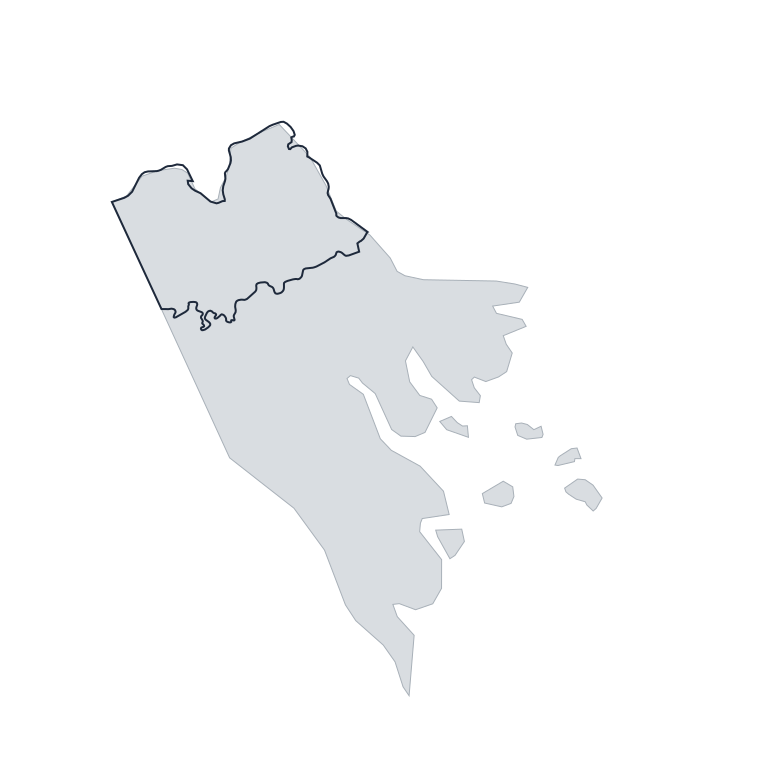 where Gabú sits in Guinea-Bissau, rotated 245°
{"feature_id": "GNB-777", "entity_name": "Gabú", "entity_type": "Region", "adm_level": 1, "iso_a3": "GNB", "parent_name": "Guinea-Bissau", "parent_adm1": "", "projection": "albers", "projection_center": [-14.296, 12.118], "detail": "fine", "context": "in_parent", "style": "outline", "palette": "slate", "viewbox_px": 768, "rotation_deg": 245, "n_neighbors": 0, "source": "natural_earth", "source_scale": "10m", "svg_char_len": 5812}
<svg xmlns="http://www.w3.org/2000/svg" viewBox="0 0 768 768"><g transform="rotate(245 384 384)"><path d="M90.9,275.0L101.5,273.3L127.5,276.6L147.7,273.0L162.0,266.8L181.4,258.4L200.1,255.7L258.6,259.9L309.5,249.9L347.4,230.6L382.3,212.9L427.5,213.2L476.0,213.5L544.8,213.9L599.4,214.1L663.8,214.2L663.2,230.2L674.6,252.6L672.9,269.4L668.1,285.3L663.8,291.5L658.1,295.2L640.9,295.1L633.6,298.3L622.1,304.5L621.8,311.8L631.0,318.7L638.5,328.5L647.3,336.1L662.4,344.9L663.8,354.7L664.3,379.4L663.5,398.7L621.1,412.8L588.5,415.3L560.9,413.8L548.9,419.7L524.9,434.2L495.5,442.9L480.5,443.5L473.3,448.7L461.9,463.7L429.9,529.2L419.3,544.9L410.8,555.1L401.0,541.2L408.7,515.4L400.5,515.8L384.2,536.5L376.2,537.2L377.4,512.5L368.4,511.6L357.9,513.3L343.4,500.4L342.0,490.8L343.2,477.3L352.1,468.8L350.9,465.2L342.4,464.2L332.7,466.4L326.9,462.4L336.7,445.0L370.7,430.5L387.9,429.0L405.4,425.8L395.9,413.2L375.1,408.2L358.5,411.6L350.1,420.7L339.9,422.1L322.8,400.7L323.2,390.0L329.6,377.3L339.5,371.7L379.0,372.0L394.0,364.9L400.0,363.6L405.8,357.1L404.6,352.8L398.2,352.5L383.4,360.9L335.9,357.5L320.8,362.6L294.3,382.0L261.7,392.6L238.2,387.9L245.9,361.8L242.5,358.2L235.1,353.9L200.5,362.0L174.5,349.8L164.2,335.3L166.1,317.2L178.5,305.0L180.5,298.9L167.5,297.7L143.5,305.1L90.9,275.0ZM204.0,530.7L188.5,533.5L181.6,523.7L180.5,519.9L188.6,516.7L192.2,516.6L198.4,509.5L206.0,504.8L209.4,503.3L213.3,503.7L216.0,519.3L212.2,525.9L204.0,530.7ZM245.5,451.0L236.4,457.2L227.1,454.2L222.1,448.7L222.9,438.8L233.6,424.9L243.1,426.8L245.5,451.0ZM229.7,369.1L219.6,393.1L207.3,390.3L198.7,376.0L197.8,369.9L222.9,368.1L229.7,369.1ZM279.3,500.5L279.3,508.5L271.1,506.9L268.8,504.5L273.7,490.0L280.9,483.5L289.7,484.6L292.3,486.6L290.5,492.2L286.7,496.8L279.3,500.5ZM312.7,437.4L310.9,441.9L300.0,438.0L316.1,421.5L326.5,418.7L326.1,431.4L318.0,434.1L312.7,437.4ZM246.2,526.4L244.4,531.9L233.1,531.0L235.7,525.5L233.2,523.8L236.6,507.2L238.3,504.7L243.8,510.9L244.5,513.5L246.2,526.4Z" fill="#d9dde1" stroke="#a8b0b8" stroke-width="1"/><path d="M670.5,289.2L667.3,294.2L661.8,296.2L648.7,296.4L651.2,292.0L647.9,291.0L642.7,292.3L639.0,294.5L634.4,298.4L622.7,303.8L618.5,308.6L618.1,310.7L618.0,314.9L617.2,317.0L618.7,317.8L623.8,318.5L627.7,319.7L631.3,322.0L635.1,325.6L637.0,327.0L642.3,328.9L643.2,330.0L643.7,331.5L644.7,333.4L649.0,338.1L651.2,339.7L654.4,341.0L661.2,342.1L663.0,343.0L665.1,346.2L665.4,349.9L663.7,357.9L663.1,366.1L666.1,389.2L666.0,392.8L665.1,401.2L664.1,403.8L661.0,406.1L656.4,408.0L651.4,408.9L647.5,408.4L646.4,406.9L646.8,405.5L646.7,404.2L643.9,403.4L642.3,402.4L641.7,398.5L640.0,397.3L637.1,397.2L636.5,398.3L637.4,400.5L637.0,405.0L636.4,406.9L633.9,410.6L630.6,412.6L626.8,412.7L622.6,410.6L621.1,411.8L612.8,416.9L609.2,418.2L600.7,416.9L597.7,416.9L591.9,418.0L589.2,418.1L586.1,417.3L584.2,416.2L582.6,414.8L580.9,413.6L578.9,413.2L574.5,413.8L558.4,412.8L557.3,412.1L556.3,412.0L554.2,413.1L552.7,414.8L550.5,419.6L549.2,421.5L546.7,423.5L528.8,433.3L528.8,433.2L524.4,427.0L523.4,423.6L523.4,422.2L522.7,419.3L514.4,417.4L515.4,406.4L516.2,403.8L516.8,403.2L517.6,402.7L520.7,401.3L521.8,400.5L523.2,398.9L523.5,397.7L523.4,396.7L522.7,396.0L521.3,394.7L520.8,393.7L520.4,392.4L520.5,388.7L519.4,381.5L519.0,372.5L519.2,370.3L519.5,368.6L521.8,361.9L521.9,360.3L521.6,359.2L520.9,358.5L517.0,355.6L516.2,354.8L515.7,353.8L515.1,352.0L515.2,350.8L515.5,349.9L515.9,349.5L516.6,348.1L517.3,345.7L518.2,340.2L518.3,337.6L517.8,336.1L517.0,335.6L514.1,334.3L512.5,333.4L511.7,332.7L511.0,331.7L510.3,329.8L510.3,328.1L510.7,325.8L511.3,324.7L512.1,323.9L513.2,323.7L514.2,323.7L516.6,324.1L517.6,324.1L518.5,323.9L519.3,323.5L521.4,321.7L522.2,321.3L523.2,321.1L524.1,321.2L525.3,320.6L526.6,319.1L528.2,314.8L528.6,312.5L528.4,310.9L527.8,310.2L527.0,309.7L525.0,309.0L524.1,308.5L523.3,308.0L522.8,307.4L522.4,306.8L522.1,306.2L519.0,295.9L519.0,294.4L519.2,293.1L520.3,291.2L520.9,289.9L521.5,287.6L521.5,286.3L521.2,285.1L520.7,284.4L519.2,283.0L517.6,282.1L516.8,281.7L513.5,280.8L512.6,280.3L511.8,279.8L511.2,279.0L510.1,277.4L509.4,276.7L508.5,276.3L505.3,275.7L505.0,275.3L505.0,274.8L505.2,274.5L505.5,274.1L506.0,273.5L506.3,272.6L505.8,272.1L504.9,271.8L504.7,271.1L504.9,270.4L505.4,269.6L506.0,268.9L506.7,268.2L507.5,267.8L508.2,267.7L509.7,268.4L510.7,268.6L511.8,268.5L513.0,268.3L514.1,267.9L514.9,267.3L515.7,266.4L515.7,265.8L515.6,265.1L515.1,264.1L514.2,260.7L514.3,259.4L514.7,258.6L515.4,258.4L515.9,258.6L516.4,259.1L517.3,260.7L517.9,261.2L518.7,261.2L519.4,260.8L519.9,260.1L520.6,259.5L521.6,259.0L522.6,258.7L523.8,257.6L524.1,256.5L524.1,255.3L523.7,254.3L523.2,253.4L520.7,250.4L520.0,249.8L519.2,249.4L518.3,249.4L517.4,249.7L514.7,251.2L513.9,251.6L512.9,251.9L511.8,251.9L510.9,251.4L510.2,250.2L509.6,248.4L509.0,244.9L509.2,243.1L509.6,241.9L510.4,241.4L511.4,241.4L512.3,242.2L512.3,243.2L512.1,244.4L512.3,245.3L513.1,245.6L514.0,245.5L515.6,244.9L516.0,245.0L516.5,245.4L517.1,246.1L517.9,246.4L519.0,246.4L521.1,246.1L522.0,246.4L522.7,247.0L523.4,248.7L523.7,249.1L524.3,249.5L525.1,249.6L525.9,249.3L526.4,248.9L528.7,246.6L529.4,246.0L530.3,245.6L531.4,245.6L532.3,246.0L533.1,246.6L534.4,247.9L535.0,248.3L535.3,248.5L536.2,248.6L536.8,248.6L537.1,248.4L537.5,248.2L538.2,247.3L539.0,245.9L540.0,243.3L540.2,241.9L539.8,241.0L539.1,240.9L538.4,240.7L537.1,239.4L535.2,238.6L534.5,238.0L534.0,237.2L533.3,234.6L532.4,223.4L532.8,222.0L533.5,221.7L534.2,222.1L535.6,223.4L536.7,225.0L537.4,225.6L538.3,225.8L539.3,225.8L540.3,225.4L541.2,224.5L542.1,223.2L542.9,220.4L546.0,214.0L596.0,214.1L664.0,214.3L662.5,227.3L662.8,231.7L664.7,237.0L674.4,249.2L676.5,253.2L677.1,256.5L676.4,259.9L673.0,268.0L672.6,269.7L672.4,272.2L673.0,277.9L672.8,280.1L671.3,284.0L670.5,289.1L670.5,289.2Z" fill="none" stroke="#1e293b" stroke-width="2"/></g></svg>